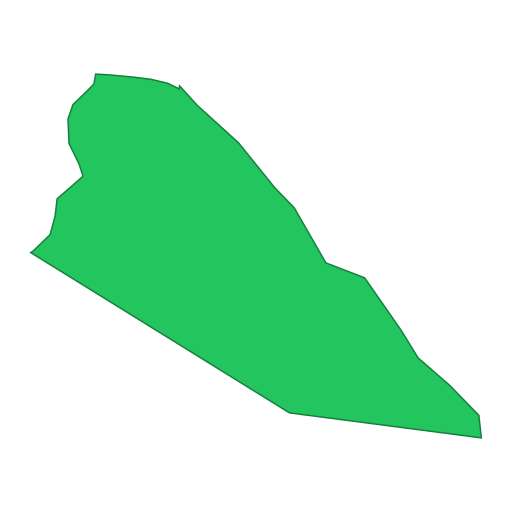 Calvary/Calvaire, Soufrière, Saint Lucia (orthographic projection)
{"feature_id": "8701671B5799269287632", "entity_name": "Calvary/Calvaire", "entity_type": "district", "adm_level": 2, "iso_a3": "LCA", "parent_name": "Saint Lucia", "parent_adm1": "Soufrière", "projection": "orthographic", "projection_center": [-61.057, 13.851], "detail": "fine", "context": "isolated", "style": "filled", "palette": "green", "viewbox_px": 512, "rotation_deg": 0, "n_neighbors": 0, "source": "geoboundaries", "source_scale": "gbopen_adm2", "svg_char_len": 515}
<svg xmlns="http://www.w3.org/2000/svg" viewBox="0 0 512 512"><path d="M95.7,74.1L93.9,84.0L86.9,91.2L73.0,104.5L68.0,118.9L69.0,143.5L79.0,163.9L83.0,176.2L76.0,182.4L57.1,198.8L55.1,216.2L50.1,234.6L33.2,251.0L30.7,252.6L289.5,412.9L481.3,437.9L481.1,435.9L478.9,415.4L449.7,385.4L418.1,357.9L401.2,330.4L364.7,277.9L325.9,262.9L294.3,207.9L274.9,187.9L238.5,142.8L197.2,105.3L179.6,85.9L179.2,88.9L167.8,83.3L150.9,79.3L133.4,77.1L109.4,74.9L95.7,74.1Z" fill="#22c55e" stroke="#15803d" stroke-width="1.5"/></svg>